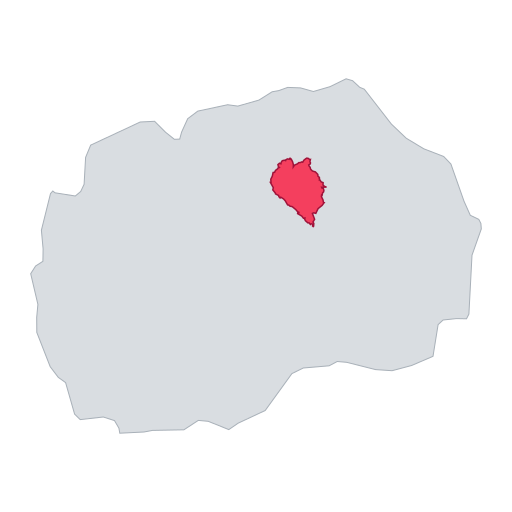 Sveti Nikole, Sveti Nikole, North Macedonia (highlighted)
{"feature_id": "65306769B91405117981087", "entity_name": "Sveti Nikole", "entity_type": "district", "adm_level": 2, "iso_a3": "MKD", "parent_name": "North Macedonia", "parent_adm1": "Sveti Nikole", "projection": "albers", "projection_center": [21.98, 41.877], "detail": "fine", "context": "in_parent", "style": "filled", "palette": "rose", "viewbox_px": 512, "rotation_deg": 0, "n_neighbors": 0, "source": "geoboundaries", "source_scale": "gbopen_adm2", "svg_char_len": 2539}
<svg xmlns="http://www.w3.org/2000/svg" viewBox="0 0 512 512"><path d="M228.1,104.8L237.8,106.1L258.9,100.1L272.1,91.8L278.8,90.6L287.7,87.4L300.5,87.9L313.4,91.5L329.9,86.7L346.1,78.8L352.6,80.7L359.7,87.3L364.3,89.2L391.4,124.1L406.2,138.2L423.8,148.8L443.7,156.5L450.9,164.0L464.0,201.2L470.3,215.3L478.8,219.4L480.9,223.5L481.3,228.9L472.0,255.2L468.9,314.1L466.5,318.8L456.4,318.6L443.1,320.0L438.1,324.6L433.0,356.3L411.6,365.5L392.1,370.7L375.6,369.6L346.6,362.3L337.2,361.5L329.1,365.8L303.3,368.0L291.9,373.6L265.2,410.5L238.1,423.2L228.8,429.6L208.2,421.3L198.3,420.4L183.9,429.8L152.5,430.4L144.0,432.0L119.8,433.2L118.9,428.1L114.5,420.6L103.3,417.0L80.2,419.6L74.6,414.1L65.6,382.6L58.3,377.4L50.2,366.7L36.8,332.4L36.7,317.4L37.9,304.4L30.7,273.7L35.6,266.0L42.9,261.3L43.1,249.0L41.4,230.2L50.5,193.6L52.8,191.0L55.0,192.8L75.3,196.0L80.7,191.5L84.1,184.3L85.6,157.4L90.7,145.1L140.2,122.0L154.6,121.3L165.6,132.3L174.4,139.3L179.7,139.1L181.6,132.1L187.7,118.7L197.8,111.1L227.8,104.7L228.1,104.8Z" fill="#d9dde1" stroke="#a8b0b8" stroke-width="1"/><path d="M280.1,198.0L280.8,197.2L283.5,198.9L285.2,200.7L287.6,204.9L288.8,205.1L290.0,206.2L292.2,206.6L295.8,209.6L298.0,212.2L298.7,212.1L298.9,212.7L297.7,213.1L297.6,213.6L301.8,216.1L303.5,218.3L304.9,218.0L304.7,219.2L305.4,220.7L307.9,222.9L309.0,222.8L310.4,224.5L311.2,223.8L312.2,224.0L312.8,224.9L312.5,225.9L313.2,226.6L313.6,226.2L313.8,223.4L313.0,222.0L314.6,219.3L312.4,213.4L313.8,212.8L315.8,213.4L318.1,208.6L322.1,205.4L324.1,202.7L323.5,202.6L323.0,199.9L321.4,196.6L321.6,195.1L322.1,195.3L322.6,192.9L323.6,191.9L323.9,190.3L323.3,188.3L322.0,188.1L321.6,187.2L326.5,187.1L324.5,186.4L323.0,185.0L323.1,182.6L321.2,181.9L320.2,180.4L319.3,180.0L319.7,179.1L319.2,178.4L319.4,177.4L317.9,176.1L317.8,174.4L315.4,171.9L312.4,171.0L310.6,169.2L310.1,167.2L309.0,165.9L308.7,164.9L310.2,164.0L310.5,162.9L309.9,161.7L310.4,159.5L309.7,159.7L308.6,158.5L306.8,158.1L305.8,158.7L303.9,160.2L302.7,162.2L301.8,161.9L300.2,162.6L298.8,162.6L297.5,163.8L294.5,165.1L293.3,166.9L293.4,164.7L292.6,161.8L291.5,159.6L291.2,159.1L290.8,159.3L290.3,158.3L289.6,158.4L289.2,159.3L287.4,158.9L285.8,159.8L285.6,160.6L284.4,160.2L282.3,160.7L281.2,162.3L280.9,163.8L279.5,163.2L277.9,164.6L278.4,166.6L279.3,167.5L278.1,167.9L277.6,168.8L275.5,170.4L274.6,172.3L273.1,172.5L272.3,176.2L270.8,179.2L271.0,182.4L270.4,182.4L273.3,187.7L272.8,189.9L275.3,193.0L275.5,193.9L278.6,195.5L278.9,196.7L280.1,198.0Z" fill="#f43f5e" stroke="#9f1239" stroke-width="1.5"/></svg>